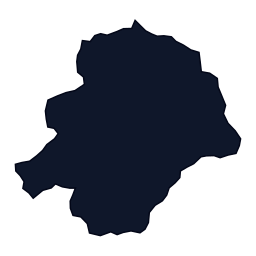 Itapevi, São Paulo, Brazil
{"feature_id": "56859067B43997995571258", "entity_name": "Itapevi", "entity_type": "district", "adm_level": 2, "iso_a3": "BRA", "parent_name": "Brazil", "parent_adm1": "São Paulo", "projection": "albers", "projection_center": [-46.972, -23.55], "detail": "fine", "context": "isolated", "style": "filled", "palette": "ink", "viewbox_px": 256, "rotation_deg": 0, "n_neighbors": 0, "source": "geoboundaries", "source_scale": "gbopen_adm2", "svg_char_len": 1217}
<svg xmlns="http://www.w3.org/2000/svg" viewBox="0 0 256 256"><path d="M135.1,20.4L131.7,28.5L123.5,28.7L117.1,31.5L107.2,35.2L100.6,33.7L94.8,35.6L90.2,41.6L82.4,40.6L80.8,49.1L77.6,55.2L76.8,61.6L77.7,72.2L83.5,77.0L84.4,84.3L75.0,90.6L66.1,92.6L57.3,96.0L48.0,100.1L45.4,110.9L46.3,119.1L47.8,127.0L54.1,128.3L58.2,133.6L54.5,138.8L46.9,144.5L42.6,150.5L36.7,155.8L29.6,161.2L22.0,162.5L15.4,164.3L15.8,171.0L20.2,175.6L24.1,181.7L22.9,188.4L28.9,192.9L33.2,198.2L42.8,190.3L51.3,187.9L55.4,183.9L62.3,186.8L69.6,188.1L75.4,188.1L72.8,195.1L70.2,201.1L70.4,208.3L73.0,215.4L80.8,216.9L87.3,223.6L89.5,233.0L100.3,235.6L110.8,231.8L117.1,234.6L123.2,232.4L131.0,230.9L140.0,232.8L145.0,229.2L148.4,222.6L149.3,212.5L155.1,205.3L162.4,200.8L166.7,195.1L169.1,187.9L175.1,182.8L179.8,177.6L180.4,171.0L186.8,167.2L193.7,163.7L201.0,156.8L206.5,155.8L214.1,155.6L220.1,157.7L228.2,155.0L236.0,153.4L239.3,145.7L240.6,138.8L235.2,130.8L228.0,123.3L223.4,113.8L225.6,105.3L221.3,94.8L218.1,87.1L217.3,78.4L209.7,73.2L201.3,71.7L200.2,62.1L199.0,52.4L190.8,49.9L183.4,45.1L175.8,41.3L171.4,36.8L163.9,35.8L157.1,36.2L151.7,34.0L145.6,30.8L139.8,25.1L135.1,20.4Z" fill="#0f172a" stroke="#020617" stroke-width="1.5"/></svg>